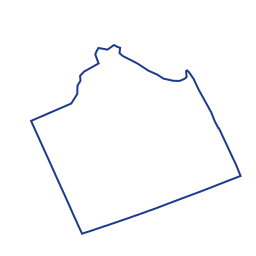 Sussex, Delaware, United States of America, rotated 339°
{"feature_id": "52423323B18332977345719", "entity_name": "Sussex", "entity_type": "district", "adm_level": 2, "iso_a3": "USA", "parent_name": "United States of America", "parent_adm1": "Delaware", "projection": "orthographic", "projection_center": [-75.391, 38.706], "detail": "fine", "context": "isolated", "style": "outline", "palette": "blue", "viewbox_px": 256, "rotation_deg": 339, "n_neighbors": 0, "source": "geoboundaries", "source_scale": "gbopen_adm2", "svg_char_len": 1287}
<svg xmlns="http://www.w3.org/2000/svg" viewBox="0 0 256 256"><g transform="rotate(339 128 128)"><path d="M43.8,151.6L44.0,154.7L44.1,156.3L44.2,158.0L44.2,158.5L44.7,166.1L44.8,168.4L45.3,176.6L45.6,182.6L45.9,189.5L46.5,198.0L46.5,199.4L47.2,210.2L54.6,210.6L55.3,210.7L59.2,210.8L63.7,211.0L72.2,211.3L73.5,211.5L74.5,211.5L76.0,211.5L78.5,211.6L82.2,211.8L82.4,211.8L89.0,212.0L91.9,212.1L92.3,212.1L97.1,212.3L97.8,212.3L103.3,212.4L103.8,212.5L116.5,212.8L117.5,212.8L121.2,212.9L125.4,213.0L125.7,213.0L131.6,213.0L135.6,213.0L139.4,213.0L157.3,213.1L160.6,213.2L162.6,213.2L175.1,213.3L180.2,213.3L191.6,213.2L205.3,213.1L210.4,213.1L211.4,213.1L211.8,213.1L214.7,213.1L215.0,213.1L215.9,213.1L215.7,201.4L212.8,160.9L212.7,160.8L212.6,160.6L212.3,160.5L211.4,152.6L211.3,143.0L207.7,117.3L207.4,113.3L206.9,105.9L204.9,97.6L203.8,95.4L202.6,95.7L201.1,101.2L201.1,101.3L198.7,102.3L193.3,102.6L186.8,100.0L186.4,99.6L178.7,94.5L178.6,94.4L174.7,88.9L167.8,82.0L159.7,70.9L149.0,59.0L146.9,55.1L149.4,50.3L147.1,48.5L147.0,48.1L144.5,45.5L137.0,47.5L129.1,42.7L125.9,45.3L123.8,47.7L123.7,57.2L107.2,59.6L102.0,62.1L100.6,66.8L96.0,70.4L92.8,78.1L83.8,84.8L40.1,86.6L40.2,89.2L40.6,96.0L41.3,108.1L42.5,128.2L43.8,151.6Z" fill="none" stroke="#1e3a8a" stroke-width="2"/></g></svg>